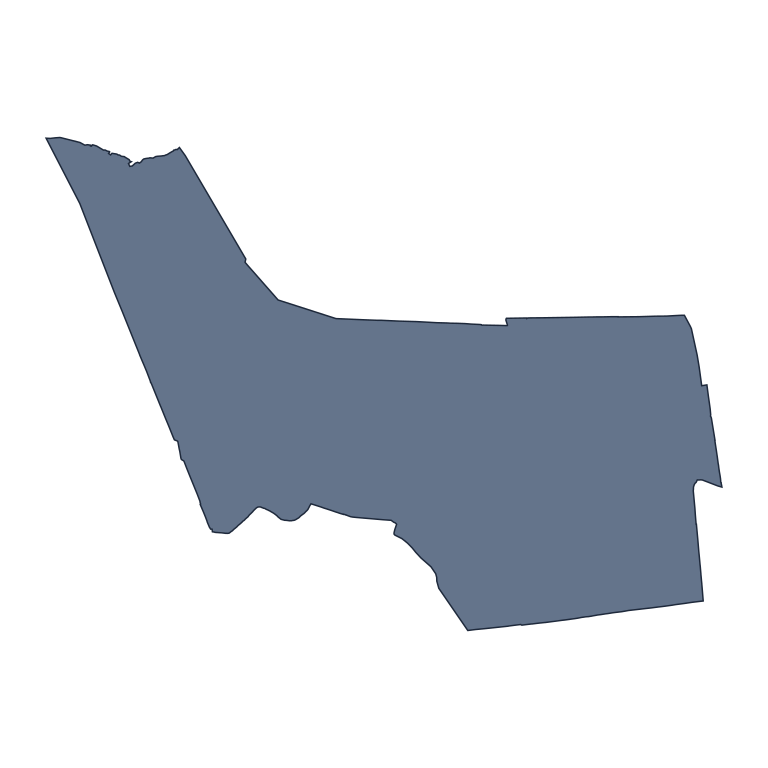 General Escobedo, Nuevo León, Mexico (Mercator projection)
{"feature_id": "50627088B66612290562177", "entity_name": "General Escobedo", "entity_type": "district", "adm_level": 2, "iso_a3": "MEX", "parent_name": "Mexico", "parent_adm1": "Nuevo León", "projection": "mercator", "projection_center": [-100.353, 25.83], "detail": "fine", "context": "isolated", "style": "filled", "palette": "slate", "viewbox_px": 768, "rotation_deg": 0, "n_neighbors": 0, "source": "geoboundaries", "source_scale": "gbopen_adm2", "svg_char_len": 6008}
<svg xmlns="http://www.w3.org/2000/svg" viewBox="0 0 768 768"><path d="M46.1,138.2L79.8,203.5L114.5,292.7L122.3,311.6L139.5,354.3L139.7,355.0L142.0,360.5L144.2,365.6L146.7,371.6L150.5,381.6L150.4,381.8L150.5,382.2L150.7,382.6L150.9,382.7L151.5,383.9L160.5,406.1L161.0,407.2L165.7,418.8L168.8,426.2L173.0,436.7L174.3,439.7L174.5,439.8L174.7,440.0L177.1,440.9L177.5,441.1L177.7,441.4L177.9,441.8L179.2,448.9L179.8,451.5L180.8,457.6L181.1,458.9L181.4,459.4L182.0,459.9L183.6,460.8L183.9,461.1L184.1,461.5L186.8,468.5L189.9,476.2L197.3,494.3L200.0,501.4L200.0,502.0L200.6,504.0L200.2,504.3L200.6,505.4L201.6,507.7L203.6,512.4L205.5,517.1L206.9,520.8L207.3,522.2L209.5,527.4L209.9,527.9L210.6,529.1L212.1,529.2L212.4,531.8L214.3,532.1L215.1,532.4L215.4,532.4L216.4,532.5L216.9,532.5L219.3,532.7L221.3,532.8L224.7,533.2L225.2,533.3L226.6,533.3L227.1,533.4L228.1,533.3L229.0,533.2L229.5,532.9L230.2,532.3L230.6,532.0L231.0,531.7L231.4,531.4L231.8,531.2L232.6,530.6L232.9,530.2L233.3,529.9L233.6,529.5L234.0,529.2L234.3,528.9L235.1,528.3L235.5,528.0L235.8,527.7L236.2,527.4L236.6,527.1L237.6,526.0L238.3,525.3L240.2,523.8L241.1,523.0L241.4,522.7L241.7,522.4L242.0,522.2L242.3,521.8L242.6,521.4L243.0,521.1L243.8,520.6L244.2,520.3L244.6,519.9L244.9,519.6L245.2,519.2L246.3,518.2L247.0,517.6L247.4,517.3L247.8,517.0L248.1,516.6L248.7,515.8L249.3,515.0L249.6,514.7L250.7,513.7L252.1,512.3L252.8,511.6L253.4,510.8L254.1,510.1L254.4,509.8L255.1,509.1L255.5,508.8L255.8,508.4L256.2,508.1L256.6,507.8L257.0,507.5L257.8,507.1L258.3,507.0L259.3,506.9L260.6,507.0L261.0,507.1L261.4,507.4L261.8,507.5L262.6,507.8L263.5,508.2L264.5,508.4L265.0,508.5L265.4,508.8L265.8,509.1L266.6,509.5L267.5,509.8L268.8,510.5L269.3,510.7L270.1,511.1L270.5,511.4L273.1,512.9L273.5,513.1L274.3,513.7L275.1,514.3L275.5,514.5L276.2,515.2L276.6,515.5L277.0,515.8L277.3,516.1L277.6,516.5L278.0,516.9L279.5,518.1L280.3,518.7L280.6,519.0L281.0,519.3L282.4,519.7L283.4,519.9L283.9,520.1L284.3,520.2L284.8,520.3L285.3,520.3L286.8,520.4L288.2,520.6L289.7,520.8L290.1,520.7L291.1,520.8L291.6,520.7L292.5,520.5L293.5,520.4L294.0,520.3L294.5,520.2L295.8,519.6L296.2,519.3L297.1,518.8L297.9,518.3L298.3,518.1L298.9,517.7L299.8,516.8L300.4,516.1L300.8,515.8L301.2,515.5L303.2,514.0L303.6,513.8L304.7,512.8L305.7,511.7L306.0,511.4L306.8,510.7L307.7,509.7L308.0,509.3L308.9,507.5L309.4,506.6L309.9,505.4L310.0,505.3L310.5,504.8L311.0,503.8L321.0,507.0L324.3,508.2L326.3,508.8L331.8,510.6L336.1,512.1L338.1,512.7L338.8,513.0L340.7,513.6L343.5,514.4L343.5,514.2L345.8,514.8L345.8,515.0L346.9,515.3L348.1,515.8L348.4,515.9L350.3,516.6L350.6,516.7L351.7,516.9L352.1,517.0L353.0,517.1L355.8,517.4L382.6,519.7L391.1,520.3L393.7,522.2L395.3,522.9L396.0,523.5L396.6,524.3L394.8,529.6L394.1,532.5L394.0,534.0L394.9,535.1L396.3,535.8L401.9,538.6L407.5,543.1L412.2,547.9L415.9,552.5L421.1,558.1L431.0,566.8L435.7,573.7L436.7,577.4L436.8,581.1L438.8,588.3L467.8,630.5L475.6,629.5L484.3,628.7L508.0,626.2L508.4,626.1L509.6,625.9L515.0,625.2L520.8,624.5L521.1,624.8L521.4,625.0L521.8,625.1L522.1,625.1L531.1,624.0L531.9,624.0L533.3,623.8L539.1,623.1L545.0,622.5L545.3,622.5L575.0,618.6L578.1,618.1L581.6,617.4L583.9,617.1L585.7,616.8L588.7,616.6L589.8,616.4L591.2,616.2L593.1,615.8L595.5,615.4L597.5,615.0L600.8,614.6L605.8,613.8L607.7,613.6L612.6,612.8L614.9,612.5L621.7,611.7L625.2,611.1L628.4,610.5L645.0,608.6L651.3,607.9L658.2,607.0L661.7,606.6L664.9,606.2L668.5,605.7L672.1,605.2L675.6,604.6L683.3,603.6L684.8,603.4L692.2,602.3L698.0,601.6L703.2,601.0L703.2,600.6L703.1,599.7L702.3,589.8L701.8,584.0L701.8,583.7L701.4,579.8L701.4,579.5L700.9,574.3L700.9,573.9L700.4,568.1L700.2,565.7L700.1,565.3L699.4,557.5L698.8,551.5L697.8,539.5L696.4,524.2L696.1,524.2L695.3,514.3L694.9,508.3L693.3,491.1L693.3,490.7L693.3,490.2L693.4,489.9L693.5,487.0L694.0,485.5L694.3,484.5L695.3,483.0L696.0,482.5L696.2,482.2L697.3,479.9L698.9,480.0L699.3,480.0L699.7,479.9L700.3,479.8L700.9,479.9L701.3,479.9L701.8,479.9L702.4,480.0L703.4,480.4L703.7,480.5L704.4,480.8L705.5,481.2L706.5,481.6L707.1,481.8L710.7,483.2L713.3,484.2L714.6,484.7L715.9,485.2L717.7,485.9L721.9,487.1L721.7,485.7L721.4,484.3L721.1,482.9L721.2,482.7L721.0,482.3L720.8,482.1L720.6,481.9L720.7,481.6L720.7,480.9L720.5,478.6L720.1,475.9L719.4,471.9L719.2,470.5L718.8,467.8L718.5,465.1L718.2,463.7L717.2,456.2L717.0,455.0L716.4,450.8L715.4,444.3L715.2,443.0L715.0,441.6L714.8,440.2L715.0,440.2L711.4,418.1L710.9,416.7L710.5,416.3L710.6,415.3L710.7,414.8L710.2,409.1L709.3,402.6L708.9,399.8L708.4,396.3L706.9,384.9L701.7,385.7L699.2,367.3L697.2,355.3L691.4,328.7L690.3,326.3L684.4,315.3L681.1,315.3L676.9,315.5L673.4,315.7L666.3,316.1L665.6,316.1L655.4,316.2L638.7,316.7L618.1,316.9L618.1,316.7L617.8,316.7L611.2,316.7L601.6,316.9L596.8,316.9L592.2,317.0L589.9,317.0L575.1,317.3L542.4,317.8L530.2,317.9L527.6,318.0L526.8,318.6L526.5,318.0L506.4,318.3L506.1,318.8L506.0,319.3L505.9,320.0L506.0,320.5L507.4,324.9L507.4,325.5L507.1,325.6L506.7,325.6L499.5,325.4L483.1,325.1L482.5,325.2L481.9,325.1L481.5,325.0L481.4,324.7L481.2,324.7L480.2,324.5L471.4,324.1L465.1,323.6L456.9,323.3L450.4,323.2L447.7,323.0L436.7,322.7L416.5,321.6L398.8,321.1L381.4,320.3L377.5,320.3L366.6,319.9L336.0,318.6L278.1,300.0L249.2,267.1L248.8,266.7L245.2,262.5L245.1,262.1L245.8,259.0L185.3,155.7L179.4,147.5L177.2,149.6L176.0,149.4L174.7,150.0L173.8,150.1L173.5,150.8L170.3,152.6L167.1,154.6L165.7,155.0L164.5,155.6L162.5,155.8L161.3,156.0L157.2,156.3L155.6,156.6L153.1,158.1L149.9,157.8L148.6,158.2L147.1,158.3L145.3,158.6L143.7,159.0L142.5,160.0L141.3,161.7L139.4,163.1L137.7,162.3L135.3,163.2L132.2,166.0L129.8,166.4L128.5,163.5L131.3,161.7L129.9,161.2L129.1,159.6L125.4,157.4L124.3,156.6L121.4,156.3L119.7,155.1L118.0,154.9L116.9,154.1L112.0,153.3L110.6,154.9L108.6,153.5L109.7,151.9L109.4,151.5L107.3,151.1L105.1,150.0L103.5,150.1L96.6,146.0L92.7,144.8L91.3,146.2L90.5,146.0L90.7,145.2L87.5,144.7L86.3,144.9L84.9,145.2L80.0,142.5L61.4,137.8L59.9,137.5L55.6,137.8L50.3,138.4L46.1,138.2Z" fill="#64748b" stroke="#1e293b" stroke-width="1.5"/></svg>